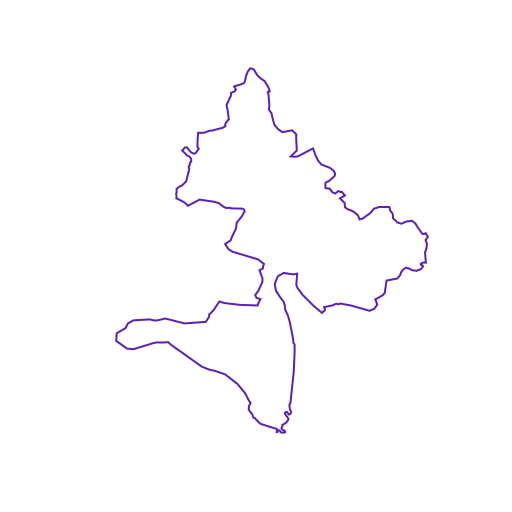 Al Odayn, Ibb, Yemen (orthographic projection), rotated 244°
{"feature_id": "15242507B10242503769306", "entity_name": "Al Odayn", "entity_type": "district", "adm_level": 2, "iso_a3": "YEM", "parent_name": "Yemen", "parent_adm1": "Ibb", "projection": "orthographic", "projection_center": [43.943, 13.994], "detail": "fine", "context": "isolated", "style": "outline", "palette": "violet", "viewbox_px": 512, "rotation_deg": 244, "n_neighbors": 0, "source": "geoboundaries", "source_scale": "gbopen_adm2", "svg_char_len": 5049}
<svg xmlns="http://www.w3.org/2000/svg" viewBox="0 0 512 512"><g transform="rotate(244 256 256)"><path d="M383.1,235.9L382.7,236.1L376.5,238.2L375.0,239.4L373.4,240.1L371.7,240.2L370.8,239.9L369.7,239.3L369.4,239.0L369.1,238.4L369.0,238.5L368.5,237.3L368.0,236.9L367.2,236.6L366.9,236.5L366.7,236.0L365.9,234.7L365.1,234.5L363.7,234.3L359.3,230.7L357.7,229.3L353.8,226.1L351.8,220.5L351.9,217.4L351.7,216.4L351.4,215.7L351.2,214.8L351.1,214.0L347.8,212.4L347.1,211.6L343.2,210.2L342.7,209.7L339.5,212.3L335.4,215.2L331.0,216.9L331.4,230.1L325.8,238.2L322.9,242.4L319.9,245.7L316.8,247.2L314.7,248.3L312.2,250.3L310.6,254.0L309.9,254.2L306.6,260.5L304.6,264.5L303.1,265.5L302.1,265.5L300.9,265.2L300.4,264.3L297.6,260.2L295.3,255.1L294.4,253.5L294.2,253.1L292.2,251.8L289.5,250.1L283.3,242.3L281.1,240.0L280.3,233.5L276.1,234.0L274.5,234.2L273.3,234.8L270.2,236.7L251.9,256.5L245.3,259.7L243.6,257.8L241.7,256.7L241.7,252.9L233.0,252.0L229.8,250.3L223.8,243.0L222.1,239.8L221.2,238.1L218.2,238.1L215.3,241.1L211.7,236.4L210.8,235.8L218.9,220.5L227.6,206.9L231.2,203.2L226.8,195.6L225.9,194.1L224.5,190.2L224.1,188.4L221.9,187.2L218.8,182.0L226.8,162.1L239.5,147.2L241.6,138.4L243.3,135.3L245.4,133.1L245.6,132.7L245.9,132.0L246.4,130.8L251.9,117.6L251.5,111.2L248.4,107.2L247.6,97.0L246.3,96.2L241.0,93.1L239.2,94.1L234.1,96.9L229.3,99.5L225.9,105.2L222.7,125.7L221.9,128.8L219.2,134.0L217.0,139.4L213.6,140.6L191.3,152.8L180.3,158.8L176.0,162.7L174.0,164.6L170.8,168.7L168.5,171.0L164.8,174.7L163.0,176.4L149.2,183.2L137.3,186.1L129.5,186.2L126.2,186.7L124.2,183.8L120.9,182.1L115.2,183.2L112.4,182.9L112.0,182.8L110.9,183.8L105.6,185.5L103.2,186.5L98.7,191.1L91.9,198.4L90.6,199.1L88.8,197.4L88.4,198.0L88.7,198.4L89.5,198.9L89.5,199.8L88.5,200.9L86.8,200.9L85.5,202.6L84.8,204.0L84.8,204.8L85.2,205.2L85.5,205.2L86.1,205.1L86.9,204.9L87.3,204.2L89.0,203.4L90.1,203.4L91.0,204.3L92.3,206.0L92.6,205.9L93.0,210.2L94.0,212.1L95.2,213.7L96.9,213.7L99.3,213.1L102.0,213.0L102.6,213.5L102.4,215.4L100.3,215.9L99.2,215.9L98.9,217.0L99.3,218.1L100.5,219.3L103.4,219.3L107.0,220.5L108.0,221.2L108.6,222.4L135.8,239.4L153.3,248.9L159.6,251.9L161.5,251.6L165.9,253.2L170.4,254.4L173.0,255.1L182.1,257.5L188.8,258.6L195.4,258.8L198.6,260.1L202.6,260.8L206.3,260.1L209.2,259.5L214.3,259.0L214.4,258.7L216.5,258.9L222.3,260.4L224.8,262.9L228.2,266.6L228.6,273.5L223.7,280.6L222.9,282.1L222.1,285.3L212.5,279.6L209.3,279.3L200.8,280.8L197.9,281.8L189.5,284.7L186.0,285.9L175.9,290.4L176.8,292.8L176.9,293.9L177.5,294.4L180.2,294.9L180.0,295.3L177.9,304.0L178.1,305.6L177.7,307.6L176.7,308.5L176.2,310.9L176.2,311.2L172.3,316.3L170.0,319.5L161.1,329.5L157.0,334.0L156.7,339.1L159.1,343.6L160.5,343.8L162.6,344.1L163.5,344.1L164.8,344.2L164.7,345.2L165.2,352.7L166.5,355.7L168.4,356.9L176.7,362.6L173.8,373.2L174.1,373.8L175.6,377.2L177.6,379.1L179.1,381.7L179.6,383.9L179.7,385.7L178.2,387.6L176.3,389.0L174.2,390.7L173.9,391.5L172.2,393.9L172.3,394.9L172.0,396.9L172.1,399.0L173.5,401.7L175.1,401.3L175.3,400.6L176.5,400.5L176.9,401.1L176.8,402.3L176.6,404.2L175.5,405.7L185.3,409.6L187.6,412.2L192.0,415.0L196.0,415.4L196.6,416.5L197.3,418.1L197.9,418.9L198.3,418.9L202.2,418.5L202.0,416.7L202.7,415.5L203.9,415.0L205.1,414.9L210.2,414.0L214.9,413.5L215.3,413.6L219.4,411.5L221.2,405.8L221.2,401.4L221.2,401.0L224.1,397.8L224.5,397.7L227.5,396.6L228.1,396.3L228.4,396.2L229.8,395.7L232.7,397.0L234.8,397.3L238.0,396.5L241.5,397.4L242.0,396.6L246.1,388.0L246.8,382.8L244.5,377.6L242.9,368.6L243.4,365.2L248.2,365.4L248.8,365.3L249.2,364.7L250.8,364.2L253.6,362.8L254.6,361.8L254.8,361.8L255.4,361.3L257.7,359.0L260.8,357.4L264.4,358.7L265.0,358.9L268.2,357.7L271.0,356.7L271.4,362.5L272.1,362.4L272.9,361.9L275.9,361.4L276.3,360.9L276.5,359.9L277.5,359.3L278.3,358.3L277.4,354.7L280.0,352.5L284.2,351.8L286.4,348.3L287.3,348.4L289.4,349.6L290.9,350.2L291.5,350.9L291.5,352.8L291.2,354.2L291.5,354.9L292.9,360.1L293.6,361.9L294.2,362.3L295.4,363.2L295.9,363.1L296.0,363.3L298.5,363.2L302.9,361.0L306.4,357.8L309.5,354.9L314.6,353.6L320.0,353.6L327.7,354.4L327.2,337.5L328.3,334.0L330.3,330.9L332.9,338.9L344.6,343.9L344.7,344.0L347.7,345.5L353.1,343.6L355.7,334.0L360.3,331.5L365.7,330.1L370.7,330.9L377.7,332.5L381.9,331.7L385.9,334.2L395.9,338.1L398.1,338.3L398.3,339.3L397.9,340.5L402.4,341.1L409.4,340.4L413.5,338.1L418.2,336.3L424.2,335.9L425.5,335.1L427.0,333.4L427.2,332.6L427.0,332.2L426.7,332.0L426.4,331.4L425.6,329.8L422.2,326.0L419.8,324.2L416.9,321.6L416.7,319.8L417.0,316.7L417.6,313.6L418.0,310.7L414.4,310.9L413.4,309.3L413.5,304.9L411.9,304.3L410.8,303.4L409.9,302.3L405.9,297.4L404.8,295.9L404.1,295.5L400.3,294.7L395.6,293.1L390.7,291.5L390.8,291.2L388.6,286.8L386.6,285.3L386.1,285.3L386.1,284.9L385.8,282.3L386.5,279.0L387.8,272.4L388.1,270.8L388.9,269.6L389.4,264.8L389.4,264.0L390.9,260.3L392.1,258.0L392.1,257.9L390.4,257.1L388.2,255.7L387.5,255.2L380.0,251.3L377.5,251.5L375.0,246.9L374.9,245.5L376.8,243.6L378.6,242.7L380.9,242.2L383.5,241.7L384.1,241.4L384.6,239.7L383.1,235.9Z" fill="none" stroke="#5b21b6" stroke-width="2"/></g></svg>